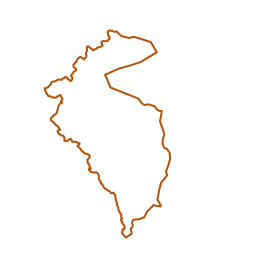 the district of Solís de Mataojo, Lavalleja, Uruguay, rotated 60°
{"feature_id": "84410073B13887066663224", "entity_name": "Solís de Mataojo", "entity_type": "district", "adm_level": 2, "iso_a3": "URY", "parent_name": "Uruguay", "parent_adm1": "Lavalleja", "projection": "orthographic", "projection_center": [-55.418, -34.585], "detail": "fine", "context": "isolated", "style": "outline", "palette": "amber", "viewbox_px": 256, "rotation_deg": 60, "n_neighbors": 0, "source": "geoboundaries", "source_scale": "gbopen_adm2", "svg_char_len": 5754}
<svg xmlns="http://www.w3.org/2000/svg" viewBox="0 0 256 256"><g transform="rotate(60 128 128)"><path d="M52.1,180.2L54.5,181.2L56.4,181.0L57.0,181.2L57.5,181.3L58.8,180.9L60.3,181.1L60.8,180.9L61.5,179.5L62.0,179.2L62.9,178.9L63.5,178.5L63.9,177.9L64.1,177.3L64.2,176.9L65.2,176.2L65.6,175.5L65.7,174.9L65.6,174.4L65.3,174.1L65.2,173.7L65.4,172.9L65.4,172.4L65.6,171.8L65.5,171.5L65.5,170.9L65.5,170.4L65.7,170.1L65.9,170.0L66.5,170.2L67.1,170.1L68.2,170.4L68.8,170.3L68.9,170.2L69.6,170.0L70.1,170.3L70.4,170.6L70.5,170.8L70.7,171.1L70.7,171.5L71.3,172.6L71.5,172.7L71.6,172.4L71.8,172.3L72.7,172.3L72.9,172.4L73.2,172.9L73.0,174.3L73.1,175.3L74.7,177.8L75.1,178.2L76.9,179.6L77.3,180.1L77.5,180.6L78.6,181.1L79.0,181.8L79.2,182.3L79.4,182.5L79.5,183.5L79.9,184.2L79.6,185.1L79.7,185.9L79.8,186.1L80.1,186.3L80.3,186.8L80.4,187.4L80.7,187.9L80.7,188.3L80.6,188.7L81.0,190.1L82.7,190.7L83.5,190.7L84.0,190.6L84.5,190.1L85.6,189.6L87.5,189.4L89.0,189.0L89.4,189.1L89.9,188.8L90.1,188.4L90.8,188.1L91.4,188.1L91.9,187.9L93.4,187.9L94.0,187.7L95.2,187.6L95.5,188.0L95.5,188.6L95.4,189.1L95.1,189.8L95.5,190.3L95.6,190.6L96.2,190.8L98.6,190.8L99.2,190.5L99.3,190.2L99.7,189.9L100.3,189.6L101.0,189.4L101.1,189.1L102.3,188.3L102.3,188.1L102.6,187.9L103.8,188.0L105.0,188.0L105.7,188.3L105.9,188.6L106.6,189.0L106.9,189.4L107.3,189.3L107.8,189.0L108.3,188.6L108.8,186.9L108.6,184.3L108.7,183.4L108.9,183.1L109.1,182.9L112.2,183.1L112.6,182.6L113.0,181.2L113.7,180.3L113.9,180.3L114.0,179.9L114.4,179.6L114.9,179.3L115.3,179.3L115.7,178.7L116.7,178.1L117.1,177.7L117.4,177.9L118.1,178.8L118.3,179.6L118.1,179.9L118.0,180.4L118.1,180.6L118.5,180.7L119.3,180.4L120.8,180.1L121.8,179.6L123.4,179.5L123.8,179.6L124.3,179.3L124.7,179.4L126.0,179.1L126.1,178.8L126.8,178.7L127.3,178.3L127.6,178.5L127.9,178.4L129.0,177.8L129.4,177.0L130.7,175.9L131.0,175.5L131.5,175.3L132.0,175.5L132.4,175.3L132.5,175.1L133.4,175.3L134.1,175.9L134.5,176.6L135.1,178.7L135.2,179.0L136.3,179.5L137.1,179.7L137.8,180.3L138.3,180.4L138.7,180.4L138.9,180.1L139.4,180.1L140.0,179.8L140.8,180.0L142.5,180.8L142.9,180.8L143.1,180.6L143.3,180.7L143.5,180.4L144.1,180.4L144.3,180.6L144.3,181.0L144.2,181.7L144.0,181.8L143.9,182.2L144.5,182.7L144.7,182.4L145.9,182.1L147.0,182.4L147.3,182.3L147.8,181.8L148.3,181.0L149.2,180.6L149.4,180.3L149.6,179.7L149.7,179.2L150.3,177.8L151.1,177.3L152.8,176.8L153.9,176.9L154.6,177.1L155.4,177.4L156.8,178.5L157.1,178.6L158.3,178.7L158.8,178.6L159.2,178.7L160.3,178.4L161.0,178.4L161.4,178.5L161.4,179.0L161.9,179.1L163.2,178.9L163.6,178.5L164.2,178.4L166.0,178.7L168.0,178.3L168.6,178.5L169.3,178.2L169.9,177.2L170.6,177.0L171.0,177.1L172.0,176.8L173.5,175.5L174.5,175.3L175.2,175.5L175.9,175.3L176.1,175.1L176.5,174.4L176.7,173.0L176.8,172.9L177.5,173.2L179.3,172.7L180.5,172.9L181.5,173.5L182.6,173.8L183.9,174.4L184.9,174.5L186.0,175.0L186.6,174.9L187.7,175.0L188.7,175.9L189.2,176.1L191.9,176.2L193.3,176.9L193.9,177.0L197.8,177.4L199.9,177.1L200.1,177.3L200.4,177.6L201.5,178.3L203.0,178.5L203.4,178.4L203.6,179.0L203.5,179.4L204.2,180.0L204.7,180.2L205.1,180.1L205.5,179.9L205.9,180.0L206.5,180.5L206.8,180.5L207.2,180.1L207.7,180.4L208.7,180.5L209.3,180.2L209.9,180.2L210.8,180.3L211.6,180.2L211.9,180.3L212.6,180.9L213.1,181.1L213.6,181.6L213.7,181.9L213.6,182.3L213.2,182.7L213.3,183.2L213.4,183.6L214.0,184.0L214.5,184.6L215.2,184.9L215.7,185.4L216.4,185.4L217.0,185.6L218.6,185.4L221.8,184.5L221.5,178.3L221.1,177.4L218.7,176.8L216.9,176.2L216.3,175.1L215.9,173.6L214.3,172.4L212.1,171.9L210.6,170.3L210.2,169.1L212.7,163.6L213.3,158.5L209.7,152.8L209.0,149.7L207.6,144.6L212.2,139.2L211.5,138.3L204.7,138.3L196.8,131.6L191.8,126.5L190.5,122.4L188.4,117.7L184.8,117.0L180.4,111.6L175.9,107.1L170.1,104.3L165.4,104.8L163.3,106.6L159.0,106.0L155.0,103.4L151.7,99.7L144.8,98.2L138.3,97.0L132.2,91.8L130.1,90.4L128.6,92.5L126.5,93.7L122.4,94.1L117.6,98.7L116.3,102.4L113.2,103.8L107.7,104.3L84.1,123.0L70.5,121.1L72.0,106.2L74.5,96.6L77.2,84.1L76.8,65.2L64.9,65.3L52.1,77.1L50.4,82.4L45.1,87.7L38.6,89.7L38.2,91.0L37.8,91.7L37.5,92.1L36.1,92.9L35.7,93.6L34.7,94.5L34.3,95.1L34.4,95.7L34.2,96.7L34.3,96.8L34.8,97.0L34.7,97.5L35.4,98.0L35.9,98.0L36.6,98.4L38.7,98.9L39.0,98.8L39.3,98.5L40.5,98.7L40.8,98.9L41.2,99.3L41.8,99.7L41.9,99.9L41.6,100.2L41.6,100.6L42.1,101.9L42.4,102.2L41.7,103.9L41.0,105.2L40.5,105.6L40.1,107.2L40.1,107.5L40.4,108.1L40.9,108.4L41.3,108.4L41.7,108.3L43.1,108.9L43.6,108.7L44.1,109.7L43.7,112.1L43.5,112.9L43.3,113.0L43.2,113.8L43.2,115.0L43.5,115.4L43.6,115.7L43.6,116.5L43.5,116.9L43.2,117.5L43.4,117.8L43.0,119.0L43.0,119.5L41.6,119.8L40.9,120.2L38.9,121.0L38.0,121.1L37.0,122.3L37.0,122.7L37.9,123.3L38.2,123.7L38.8,123.8L39.4,124.4L40.1,124.5L41.0,125.3L41.4,126.4L42.2,127.0L42.9,127.2L43.7,127.7L44.7,127.8L45.3,128.3L45.9,129.3L45.9,130.6L46.3,131.3L46.0,131.3L45.9,131.8L45.5,132.1L45.4,132.4L45.0,132.7L43.7,132.8L43.0,133.4L42.6,134.0L42.5,135.3L42.8,136.0L42.8,136.6L42.9,136.9L44.2,139.0L44.5,139.3L44.5,139.7L45.1,140.8L45.1,141.5L45.8,142.5L45.7,143.2L45.9,143.6L46.2,143.9L47.3,144.4L47.9,144.5L48.6,144.4L49.8,143.9L51.0,143.5L51.5,143.6L51.9,143.8L52.1,144.3L52.1,144.7L52.2,145.1L52.1,145.7L52.3,146.3L52.1,146.6L52.9,148.1L53.7,150.6L54.1,150.9L55.0,151.3L55.4,151.3L56.0,150.8L57.0,151.1L57.3,151.3L58.2,152.6L58.7,153.8L58.7,154.2L58.3,154.4L57.2,154.8L56.5,155.3L56.0,155.5L54.9,155.5L53.2,156.0L52.7,156.5L52.5,156.9L52.5,157.4L52.8,158.4L52.6,159.1L52.6,160.4L53.0,161.1L53.0,161.5L52.7,162.2L52.1,162.7L51.2,163.9L51.1,165.2L51.2,166.3L50.9,167.4L50.8,168.0L50.9,168.3L50.6,169.5L50.2,170.1L50.1,171.0L50.2,171.5L50.6,171.8L51.1,172.5L51.8,173.7L51.9,174.1L52.1,174.4L52.2,175.3L52.6,176.4L52.6,177.3L52.5,179.4L52.5,179.8L52.1,180.2Z" fill="none" stroke="#b45309" stroke-width="2"/></g></svg>